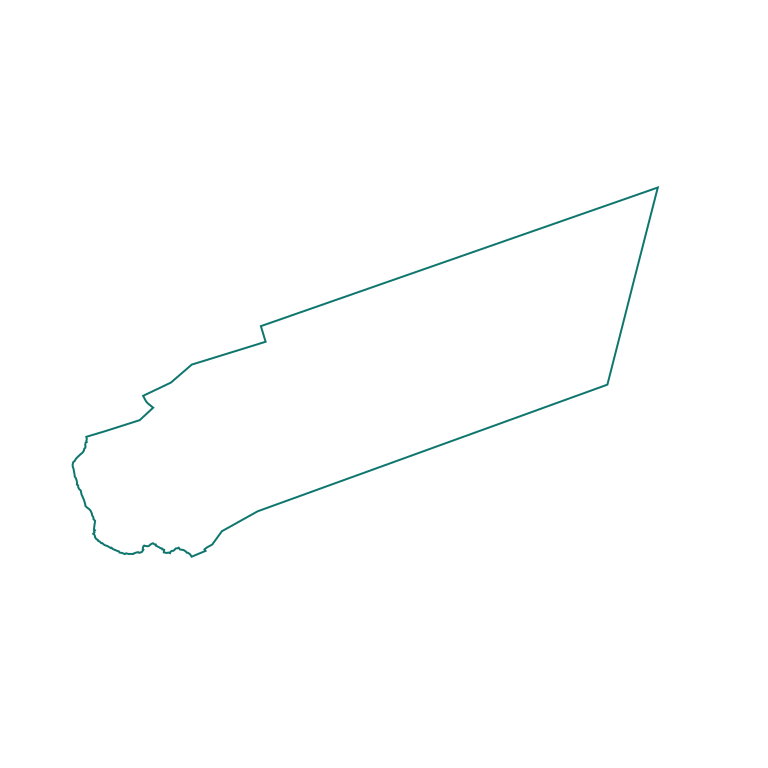 Satuipaitea, Satupa'itea, Samoa (Mercator projection), rotated 70°
{"feature_id": "51752279B75424084440116", "entity_name": "Satuipaitea", "entity_type": "district", "adm_level": 2, "iso_a3": "WSM", "parent_name": "Samoa", "parent_adm1": "Satupa'itea", "projection": "mercator", "projection_center": [-172.336, -13.708], "detail": "fine", "context": "isolated", "style": "outline", "palette": "teal", "viewbox_px": 768, "rotation_deg": 70, "n_neighbors": 0, "source": "geoboundaries", "source_scale": "gbopen_adm2", "svg_char_len": 1735}
<svg xmlns="http://www.w3.org/2000/svg" viewBox="0 0 768 768"><g transform="rotate(70 384 384)"><path d="M293.0,59.5L287.5,479.9L303.8,480.8L300.0,558.0L309.8,583.8L312.7,614.4L316.7,613.9L319.4,613.4L321.7,612.4L327.3,609.0L334.4,625.9L332.9,663.1L331.8,681.8L334.1,682.1L335.9,683.3L336.8,683.1L337.1,684.5L339.2,685.7L340.3,685.7L341.8,686.5L342.1,687.6L344.2,689.0L345.5,691.0L346.4,693.6L348.6,698.6L350.7,701.3L351.1,702.7L353.1,704.1L355.4,704.8L357.1,704.7L363.5,705.8L365.3,706.3L367.0,705.8L369.2,705.8L372.0,706.2L373.4,707.0L374.6,706.1L376.2,706.6L378.1,706.5L380.5,705.4L384.3,706.0L390.3,705.6L394.7,705.9L396.4,706.3L398.4,705.4L400.6,703.9L402.6,703.1L406.3,702.8L407.3,703.2L410.1,702.7L411.6,703.2L413.8,702.3L419.4,705.3L421.4,706.2L422.6,705.7L422.9,706.8L424.4,706.8L425.3,708.5L426.1,707.8L428.4,707.6L429.0,708.0L431.2,707.4L432.5,706.3L433.3,706.5L434.9,705.0L436.9,704.1L437.0,703.3L439.8,701.7L441.5,699.5L444.8,696.7L444.7,696.0L446.2,695.4L450.1,691.2L450.4,690.5L452.0,690.1L453.3,687.7L455.2,685.8L454.9,684.3L456.2,682.4L457.3,679.4L458.0,677.7L457.6,676.9L457.7,673.8L458.1,672.3L458.9,671.9L459.1,669.2L457.5,666.8L456.5,667.2L454.2,665.6L453.8,664.6L454.4,664.0L455.7,661.4L455.7,660.2L454.8,657.9L454.6,655.6L456.0,654.7L456.8,653.3L457.8,653.7L460.5,651.2L461.8,650.2L462.8,648.7L463.6,648.9L464.6,647.3L466.9,648.5L468.4,646.1L468.7,644.2L469.8,642.9L468.6,641.9L468.2,640.7L468.7,638.8L467.3,635.7L467.8,634.0L467.6,632.9L469.6,632.4L471.5,629.1L473.8,627.4L475.0,627.1L475.5,626.0L477.6,624.5L480.5,623.8L480.1,615.7L479.8,608.8L478.1,609.3L477.1,606.6L476.1,600.3L466.9,586.7L460.4,546.2L461.0,174.3L400.7,133.1L374.8,115.5L293.0,59.5Z" fill="none" stroke="#0f766e" stroke-width="2"/></g></svg>